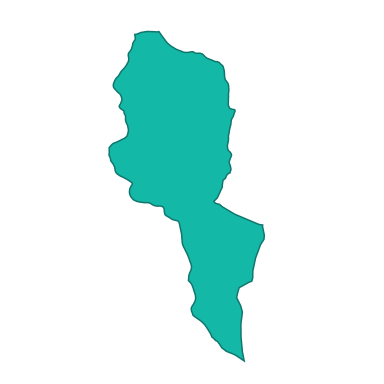 outline of Drametse, Tashigang, Bhutan, rotated 204°
{"feature_id": "84629894B36309524105984", "entity_name": "Drametse", "entity_type": "district", "adm_level": 2, "iso_a3": "BTN", "parent_name": "Bhutan", "parent_adm1": "Tashigang", "projection": "orthographic", "projection_center": [91.464, 27.347], "detail": "fine", "context": "isolated", "style": "filled", "palette": "teal", "viewbox_px": 384, "rotation_deg": 204, "n_neighbors": 0, "source": "geoboundaries", "source_scale": "gbopen_adm2", "svg_char_len": 4258}
<svg xmlns="http://www.w3.org/2000/svg" viewBox="0 0 384 384"><g transform="rotate(204 192 192)"><path d="M114.0,190.6L117.6,189.6L144.1,189.1L158.2,190.8L161.8,191.9L164.7,191.4L166.1,191.2L168.2,192.4L166.5,196.9L166.4,201.4L166.4,206.1L166.3,208.8L167.1,210.6L168.4,215.2L167.0,218.3L167.2,221.0L166.4,223.6L165.1,224.9L165.6,228.6L167.6,231.5L170.2,234.2L170.5,236.3L170.8,241.7L171.9,243.0L173.3,243.9L175.6,244.7L176.9,245.9L177.7,247.1L178.3,248.3L179.1,250.8L179.3,252.7L180.3,255.5L181.0,256.8L181.6,258.1L181.9,260.0L182.8,263.4L183.1,264.5L183.4,265.9L183.7,267.6L183.9,269.2L184.6,271.3L184.9,272.4L185.3,273.6L185.4,275.1L185.2,276.5L185.1,279.0L185.5,280.4L185.5,282.5L185.6,283.6L186.4,284.5L187.8,284.3L188.8,283.9L191.0,283.7L192.1,284.2L193.7,285.6L194.8,287.3L195.6,289.5L196.3,291.1L196.8,292.3L197.4,294.0L198.0,295.2L198.6,296.4L199.2,298.4L199.6,299.6L200.1,300.8L200.8,302.0L201.7,303.8L202.4,304.8L203.3,305.8L204.9,306.8L206.2,307.5L207.4,308.3L208.6,309.9L209.3,310.8L209.7,311.8L210.2,312.8L210.7,313.8L211.6,315.3L212.3,316.5L213.2,317.5L214.2,318.8L215.0,319.6L216.6,320.2L217.8,320.5L218.9,320.9L219.8,321.4L222.1,321.3L223.5,320.8L224.7,320.5L226.7,320.6L228.0,320.6L229.7,320.4L230.9,320.4L232.4,320.3L233.9,320.6L235.1,320.9L236.0,321.3L237.6,322.0L239.0,322.3L240.9,322.1L241.9,321.7L242.9,321.2L243.9,320.7L245.3,320.2L246.9,320.4L248.2,320.5L249.1,320.1L250.4,319.3L252.4,317.9L254.2,317.0L256.3,316.4L257.5,316.2L258.5,316.3L259.6,316.2L261.6,316.1L262.7,316.0L264.7,316.0L266.2,316.2L267.7,316.4L268.9,316.5L271.2,316.9L273.5,317.6L274.6,317.9L276.2,318.6L278.3,319.7L279.1,320.3L280.4,321.0L281.3,321.4L282.2,322.0L284.0,323.0L285.3,323.8L287.5,325.1L288.6,324.2L292.9,322.6L298.3,320.4L303.6,316.9L305.9,314.5L307.0,313.4L308.4,312.7L306.1,309.0L306.0,307.2L306.4,305.9L306.5,303.7L305.9,301.4L305.5,297.8L305.7,296.2L305.9,295.0L306.3,293.8L306.4,292.6L306.0,291.2L304.0,288.0L303.6,286.9L303.1,284.9L303.4,283.7L303.4,282.2L303.9,279.1L304.3,277.6L305.4,274.5L305.8,273.1L306.3,268.9L306.5,267.6L307.3,265.9L307.6,264.7L307.9,262.2L307.8,259.4L307.6,258.2L306.8,256.4L305.9,255.5L305.0,255.0L300.5,253.0L299.2,252.6L297.7,252.2L296.1,251.0L294.8,249.7L293.7,248.2L293.4,247.3L293.2,243.6L293.4,242.2L293.4,240.7L292.7,239.9L291.1,239.1L287.7,238.5L286.9,237.9L286.1,236.4L284.7,235.3L283.7,234.5L283.1,233.5L282.8,232.4L281.9,230.5L280.3,228.6L278.1,226.8L275.5,223.2L275.0,221.8L274.5,219.9L274.2,217.7L274.2,216.2L275.5,213.6L277.4,211.5L278.1,210.5L281.0,207.1L283.6,204.5L284.1,203.6L284.7,202.3L285.4,199.8L285.7,198.8L284.8,196.9L283.9,195.0L282.8,191.9L281.8,191.0L280.5,189.9L278.9,187.5L275.2,185.3L274.3,184.7L272.9,183.3L272.0,182.1L271.0,180.5L270.1,179.5L268.8,178.5L267.0,177.9L263.6,177.4L260.2,177.4L257.6,177.2L256.3,177.1L251.6,176.3L250.0,175.7L249.7,174.0L250.1,172.1L250.1,169.5L249.6,167.8L249.2,166.6L248.7,165.7L247.7,164.3L246.6,163.3L244.9,162.2L243.2,161.4L241.7,161.0L238.5,161.0L236.9,161.3L233.1,162.3L230.9,163.0L228.8,164.0L227.0,164.6L225.2,164.7L223.3,164.3L220.6,164.3L218.4,164.8L216.7,165.6L214.9,166.4L213.4,166.6L212.1,166.5L210.5,165.1L209.1,162.5L208.0,160.9L207.1,160.2L206.1,159.9L201.6,159.4L199.9,159.0L198.5,158.9L193.4,159.8L191.5,159.1L190.6,157.9L184.4,149.3L183.3,147.4L181.6,144.1L180.1,141.5L179.4,140.4L177.4,138.5L175.9,137.3L171.1,133.3L168.0,130.4L166.7,128.9L163.1,125.2L162.1,123.7L161.6,122.3L161.3,121.1L161.2,119.7L161.2,116.4L160.8,114.1L160.0,111.8L159.6,110.7L159.1,109.5L156.8,108.7L155.8,108.2L154.8,107.5L153.6,106.5L151.4,104.2L149.9,102.4L147.5,99.8L146.5,98.4L145.2,95.8L144.9,94.0L144.9,92.1L145.1,89.7L145.4,88.2L145.5,85.7L144.7,84.0L143.5,82.5L142.5,81.6L140.8,79.7L138.2,79.1L133.6,78.2L131.9,77.9L129.4,77.1L126.3,75.9L122.7,73.7L119.5,71.5L118.3,70.7L117.3,70.0L115.6,68.4L114.6,67.5L113.0,67.2L111.0,66.3L109.8,65.9L108.1,65.9L104.5,63.9L102.5,62.5L100.9,61.6L98.8,61.2L96.3,60.5L94.6,60.5L93.0,60.5L89.8,60.7L86.5,60.7L83.7,60.3L75.6,58.9L80.9,66.4L88.2,79.4L93.6,91.2L97.1,102.8L101.2,107.8L108.3,113.7L109.4,119.1L110.0,123.8L107.1,127.6L103.4,132.5L101.1,134.9L101.6,138.3L104.3,144.5L107.1,157.7L107.5,164.7L108.0,171.6L107.0,178.1L108.4,182.0L113.6,189.3L114.0,190.6Z" fill="#14b8a6" stroke="#0f766e" stroke-width="1.5"/></g></svg>